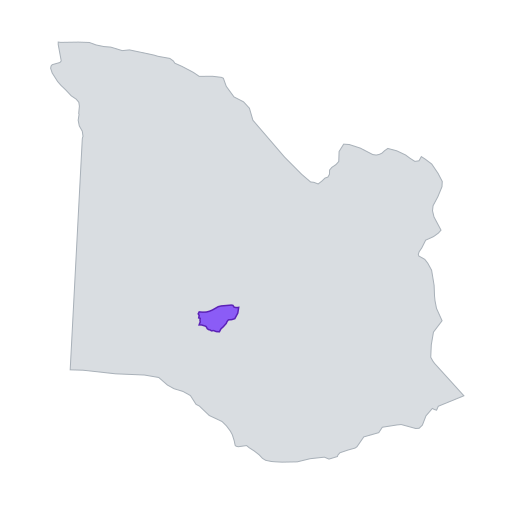 location of Kamuli within Uganda, rotated 93°
{"feature_id": "UGA-3069", "entity_name": "Kamuli", "entity_type": "District", "adm_level": 1, "iso_a3": "UGA", "parent_name": "Uganda", "parent_adm1": "", "projection": "orthographic", "projection_center": [33.145, 0.917], "detail": "fine", "context": "in_parent", "style": "filled", "palette": "violet", "viewbox_px": 512, "rotation_deg": 93, "n_neighbors": 0, "source": "natural_earth", "source_scale": "10m", "svg_char_len": 2835}
<svg xmlns="http://www.w3.org/2000/svg" viewBox="0 0 512 512"><g transform="rotate(93 256 256)"><path d="M379.4,435.6L371.1,435.6L357.7,435.6L344.2,435.6L330.8,435.6L317.4,435.6L303.9,435.6L290.5,435.6L277.1,435.6L263.6,435.6L250.2,435.6L236.8,435.6L223.4,435.6L209.9,435.6L196.5,435.6L183.1,435.6L169.6,435.6L156.2,435.6L148.3,435.6L146.7,435.4L145.6,435.0L140.5,436.0L135.3,439.3L129.7,440.7L123.8,440.1L123.0,440.5L120.0,440.4L115.6,440.2L111.7,441.0L108.7,443.9L105.7,448.9L100.2,454.6L95.9,459.6L92.2,463.2L83.9,469.1L79.3,470.9L77.0,470.6L75.6,469.5L73.0,461.9L71.4,460.7L55.1,464.6L52.7,464.7L52.9,462.3L51.7,444.5L51.5,433.6L53.6,426.8L54.8,419.0L55.0,412.0L57.9,400.3L56.8,393.2L60.7,368.4L61.7,364.4L63.2,352.4L65.6,348.7L67.7,347.2L70.5,339.9L75.9,328.2L79.6,322.1L78.8,308.9L79.4,299.9L80.2,297.9L88.1,294.6L98.3,286.3L102.7,276.5L108.8,270.3L120.6,266.2L155.7,232.7L172.1,214.6L179.2,205.4L179.4,202.1L180.8,197.7L177.9,194.3L174.6,191.2L173.4,188.3L170.5,186.9L166.3,187.0L163.5,184.9L160.4,180.8L157.3,178.3L147.3,178.5L139.7,174.3L139.8,168.7L142.8,157.5L148.6,144.7L148.9,141.2L148.1,138.2L146.7,135.6L144.1,133.1L141.7,130.0L143.6,120.9L147.3,111.9L150.3,107.4L153.2,102.3L152.4,98.2L148.1,96.1L150.4,92.1L155.0,85.3L164.0,78.5L171.8,73.9L177.1,73.9L187.3,77.5L196.5,81.8L201.6,82.1L207.7,80.3L220.5,72.6L223.6,75.1L227.3,79.7L231.3,87.4L239.3,90.9L243.2,93.3L245.9,94.0L247.5,93.4L250.5,87.3L254.2,84.1L261.0,79.9L276.0,76.6L286.8,75.6L291.3,74.9L298.9,73.0L310.9,66.8L322.7,74.8L335.6,76.3L348.0,76.2L351.8,73.8L354.0,72.0L367.0,58.9L384.7,41.1L396.5,66.1L400.5,67.6L400.0,69.8L399.0,71.9L406.7,77.9L416.2,81.0L419.5,84.1L419.9,87.5L416.7,102.1L417.3,106.2L420.4,120.9L426.0,124.2L431.0,138.9L441.2,145.2L442.6,147.0L445.0,154.1L448.1,161.9L450.5,163.8L452.0,164.2L455.0,172.5L453.3,177.2L455.6,191.4L459.4,204.0L460.5,219.2L460.5,225.9L460.4,229.9L459.5,235.7L457.7,239.0L454.5,242.3L450.9,247.4L447.8,252.8L445.8,255.5L447.4,263.7L447.0,265.9L446.2,266.9L441.6,268.1L435.7,270.3L432.1,272.5L427.1,276.7L423.1,281.2L417.7,294.4L408.8,304.7L407.3,308.1L398.8,314.2L395.1,321.8L392.8,331.0L389.5,337.7L382.4,346.8L380.7,361.2L381.0,390.0L379.1,422.8L379.4,435.6Z" fill="#d9dde1" stroke="#a8b0b8" stroke-width="1"/><path d="M333.6,288.6L333.6,291.4L333.3,292.7L332.8,293.9L332.7,295.0L333.1,296.2L332.8,297.1L332.3,297.8L332.0,299.5L331.1,300.9L330.0,301.5L329.0,302.2L328.5,303.5L327.7,306.9L327.8,309.2L326.1,308.7L324.8,308.2L323.0,308.6L321.2,308.4L320.8,310.0L318.4,309.6L316.8,310.7L314.8,309.8L314.9,306.4L314.6,302.8L313.6,299.6L312.2,296.7L308.6,291.1L307.7,288.1L306.3,278.1L306.5,276.5L308.2,275.2L308.5,273.7L308.5,272.0L308.2,270.6L314.0,271.2L319.7,273.9L320.8,276.9L321.2,280.2L323.0,281.5L324.9,282.2L328.4,285.0L330.6,287.2L333.6,288.6Z" fill="#8b5cf6" stroke="#5b21b6" stroke-width="1.5"/></g></svg>